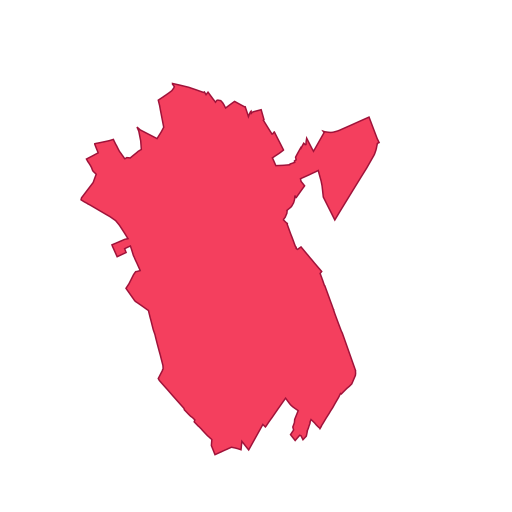 outline of Valmiera, Valmiera, Latvia, rotated 253°
{"feature_id": "27541924B28912918597311", "entity_name": "Valmiera", "entity_type": "district", "adm_level": 2, "iso_a3": "LVA", "parent_name": "Latvia", "parent_adm1": "Valmiera", "projection": "natural_earth1", "projection_center": [25.423, 57.526], "detail": "fine", "context": "isolated", "style": "filled", "palette": "rose", "viewbox_px": 512, "rotation_deg": 253, "n_neighbors": 0, "source": "geoboundaries", "source_scale": "gbopen_adm2", "svg_char_len": 5740}
<svg xmlns="http://www.w3.org/2000/svg" viewBox="0 0 512 512"><g transform="rotate(253 256 256)"><path d="M114.5,316.9L116.5,317.4L117.2,317.7L157.0,316.0L159.5,315.6L169.1,315.0L177.7,314.5L181.6,314.4L181.8,314.6L182.1,314.5L182.5,314.4L189.1,314.1L189.7,314.0L190.4,314.0L200.3,313.5L207.5,313.1L207.8,312.8L213.9,312.6L214.9,312.5L215.9,312.5L220.6,312.2L222.0,314.3L227.2,312.0L230.0,310.8L232.5,309.7L233.5,309.3L236.2,308.2L238.4,307.2L240.6,306.3L241.6,305.9L242.7,305.4L251.5,301.7L250.2,297.6L251.4,296.6L252.6,297.0L253.5,296.5L254.8,296.4L256.3,296.3L260.4,296.1L263.5,295.9L267.2,295.6L277.2,295.1L278.0,295.5L278.6,294.9L280.4,293.9L282.5,292.8L283.1,293.2L284.5,295.2L286.4,296.8L287.8,298.0L290.4,299.1L290.6,299.0L291.9,302.1L292.5,303.6L293.3,304.8L295.9,307.5L298.6,309.3L302.5,310.9L300.2,311.1L300.1,311.4L300.1,311.6L300.4,311.9L300.7,312.3L304.8,317.6L308.9,323.0L314.2,320.9L316.9,321.1L317.2,323.5L318.1,330.6L318.7,334.6L319.2,338.3L319.6,340.5L308.8,340.2L303.8,339.7L292.7,337.6L267.4,341.9L273.8,349.0L290.7,368.1L300.9,379.7L307.6,387.4L317.4,397.8L318.5,398.9L319.4,399.6L320.5,400.4L322.0,401.5L323.6,402.5L325.5,403.5L328.2,405.0L328.4,406.4L328.5,406.9L332.9,406.2L334.4,406.1L355.8,404.7L354.7,395.7L353.3,384.7L352.1,374.7L351.9,373.3L351.7,370.7L351.8,366.5L351.9,365.5L352.1,364.5L352.4,363.3L353.3,361.1L354.1,359.4L354.7,358.1L355.7,356.7L354.1,357.2L344.9,347.5L339.3,341.6L342.5,340.9L349.1,339.7L353.8,338.9L351.0,337.5L349.7,337.0L348.0,336.4L348.1,335.6L349.9,334.6L349.2,333.9L345.8,330.4L346.1,330.3L346.3,330.3L345.2,329.1L342.1,325.9L339.6,323.4L338.9,322.7L338.2,322.7L336.3,322.5L335.6,320.5L334.2,320.4L334.0,315.4L333.4,314.9L334.3,310.6L334.7,308.8L336.6,301.4L344.2,300.5L345.0,300.3L346.0,303.4L347.4,308.2L347.7,309.0L347.9,309.7L348.1,310.2L348.4,311.0L349.0,312.6L349.2,313.2L349.3,313.3L355.2,312.3L362.4,311.0L369.3,309.8L369.3,309.7L367.9,307.6L368.0,306.9L368.8,306.7L372.0,305.8L380.7,303.5L383.7,302.7L384.1,303.5L394.2,303.7L394.4,303.7L394.7,296.3L394.6,294.6L393.8,293.2L395.9,293.6L395.6,293.0L393.7,291.2L391.5,289.5L393.4,289.5L394.0,289.5L401.9,289.3L402.0,288.7L404.7,286.0L410.1,280.7L408.7,276.5L407.6,273.5L407.4,272.9L406.4,270.2L407.3,270.0L409.7,269.6L412.4,268.9L414.9,267.7L415.9,265.7L416.2,265.2L416.3,264.7L416.3,264.2L416.2,263.9L414.9,262.2L416.9,261.5L419.3,260.6L426.7,258.0L424.9,255.4L428.0,254.6L427.8,253.6L433.1,246.4L434.1,245.0L435.4,243.2L436.8,241.3L437.0,241.0L441.4,233.6L445.4,226.6L444.9,226.5L444.8,226.4L441.8,227.4L440.8,226.6L438.8,224.0L438.3,222.8L437.8,221.4L437.3,220.0L436.3,216.9L433.6,208.1L427.9,207.8L423.8,207.3L406.1,205.4L402.4,201.7L397.2,195.7L410.1,182.5L410.2,182.3L414.1,179.9L409.6,180.4L399.8,179.4L391.4,177.5L390.6,174.1L389.4,171.4L389.3,171.1L389.0,170.3L388.6,169.4L388.4,168.8L388.1,168.1L386.8,165.0L386.5,164.4L387.1,163.1L387.9,161.1L387.4,159.6L387.4,158.9L388.6,158.5L389.6,158.2L390.5,157.9L391.9,157.4L393.5,156.9L395.1,156.3L396.5,155.9L398.6,155.5L400.4,155.2L402.2,154.9L403.9,154.5L405.7,154.2L407.5,153.9L409.2,153.7L409.2,149.3L409.5,145.6L410.2,137.9L410.4,136.3L410.5,134.6L410.2,134.5L409.8,134.5L405.7,134.8L401.5,135.2L401.1,135.2L400.8,135.2L399.5,128.7L398.3,122.2L395.4,122.8L393.6,123.4L391.0,124.1L389.0,124.5L388.3,124.6L386.1,124.7L385.4,124.8L385.0,124.9L384.5,125.1L380.9,127.1L377.4,124.4L373.9,121.8L368.3,114.0L362.7,106.2L360.9,105.1L358.0,107.6L355.5,110.1L355.2,110.2L353.4,112.1L339.8,124.6L336.4,127.8L331.8,131.4L330.9,132.1L326.6,133.9L325.3,134.4L321.2,135.6L315.9,137.1L311.7,138.2L310.0,138.7L310.3,135.4L308.8,121.5L307.1,121.6L295.9,123.0L297.3,132.8L301.4,132.5L301.9,135.6L302.3,138.8L302.2,138.8L299.6,138.9L297.1,138.9L294.6,138.9L292.2,138.9L291.6,139.0L290.4,139.2L289.2,139.3L286.7,139.6L284.2,140.0L281.7,140.3L279.3,140.6L276.3,141.0L275.9,141.0L276.0,137.7L276.2,136.4L275.8,135.8L274.1,133.6L273.5,133.0L269.6,129.3L266.9,126.7L266.7,126.5L266.5,126.3L263.1,122.2L248.8,126.9L247.8,127.4L245.5,129.3L242.2,131.9L237.5,135.5L236.6,136.2L236.1,136.6L235.3,137.2L228.4,136.8L225.3,136.7L215.5,136.2L210.5,136.4L209.0,136.3L207.6,136.2L201.3,135.9L195.9,135.7L192.8,135.6L189.0,135.5L187.4,135.4L178.9,135.0L178.6,135.0L175.2,134.2L174.7,133.5L173.8,133.0L171.6,130.8L168.7,128.0L167.5,126.8L167.4,126.7L165.1,127.2L152.9,132.8L146.8,135.5L131.3,142.6L129.9,142.5L124.7,145.1L124.3,145.3L121.9,146.6L120.1,148.0L118.6,148.8L117.1,149.6L115.5,148.4L110.3,151.0L109.3,151.7L106.2,153.3L105.2,153.7L104.6,154.0L101.9,155.3L100.3,156.1L99.5,156.5L98.7,156.9L98.5,157.0L94.2,159.6L93.4,160.1L87.8,157.9L78.0,158.7L79.5,169.9L79.7,171.9L79.7,172.1L79.8,172.3L80.3,176.6L78.3,180.3L78.2,180.4L76.9,182.5L76.3,183.3L75.7,184.2L75.1,185.0L77.1,185.9L78.4,186.4L79.1,186.7L81.0,187.5L82.9,188.3L79.1,189.8L78.0,190.2L72.7,192.3L74.2,193.9L92.9,213.3L89.8,215.0L90.1,215.4L90.4,215.9L93.8,220.1L95.8,222.7L96.2,223.3L96.6,223.8L96.9,224.2L103.4,232.4L109.2,239.9L110.3,241.3L111.4,242.7L106.0,244.6L104.9,245.0L103.7,245.5L102.9,245.9L102.1,246.4L101.6,246.7L101.1,247.0L98.6,248.9L96.2,250.8L95.7,251.1L88.4,245.2L85.4,244.0L83.0,242.2L81.7,241.2L78.6,241.1L75.1,236.8L73.7,237.3L68.1,239.5L71.8,245.4L70.9,246.5L66.6,247.2L69.0,251.4L70.0,252.0L73.3,253.8L73.7,253.7L73.9,254.0L75.9,255.6L76.3,255.9L77.8,256.9L79.8,258.4L80.6,258.9L81.1,259.1L81.4,259.2L81.5,259.1L81.7,259.3L83.5,260.8L81.3,262.1L79.3,263.2L76.9,264.2L74.5,265.5L72.7,266.6L72.2,266.7L73.9,268.6L74.1,268.5L76.7,271.5L80.6,275.8L83.9,279.7L86.2,282.2L87.5,283.8L88.7,285.2L91.9,288.5L96.7,293.7L99.8,296.6L99.1,297.2L102.8,304.1L104.1,307.2L105.7,310.2L106.3,310.7L106.4,310.8L106.6,310.9L107.0,311.3L109.5,313.4L112.7,316.1L114.5,316.9Z" fill="#f43f5e" stroke="#9f1239" stroke-width="1.5"/></g></svg>